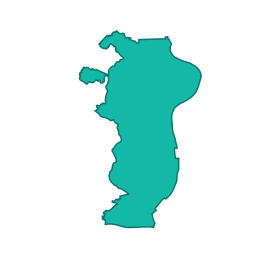 outline of Gia Binh, Bắc Ninh, Vietnam, rotated 107°
{"feature_id": "81297802B26729031323268", "entity_name": "Gia Binh", "entity_type": "district", "adm_level": 2, "iso_a3": "VNM", "parent_name": "Vietnam", "parent_adm1": "Bắc Ninh", "projection": "albers", "projection_center": [106.208, 21.064], "detail": "fine", "context": "isolated", "style": "filled", "palette": "teal", "viewbox_px": 256, "rotation_deg": 107, "n_neighbors": 0, "source": "geoboundaries", "source_scale": "gbopen_adm2", "svg_char_len": 5755}
<svg xmlns="http://www.w3.org/2000/svg" viewBox="0 0 256 256"><g transform="rotate(107 128 128)"><path d="M215.7,74.6L214.5,74.6L211.3,74.4L211.1,74.5L210.1,75.5L209.6,76.0L207.1,77.8L203.0,79.9L200.3,78.1L198.5,76.9L197.3,78.6L196.3,78.3L193.2,77.0L191.6,76.2L190.5,75.9L188.6,75.2L186.2,74.0L184.7,73.0L184.4,72.7L184.5,72.5L184.9,71.5L184.4,70.9L183.5,70.2L182.8,69.8L181.3,69.2L180.6,68.7L179.3,68.1L176.7,67.4L176.0,67.1L172.2,66.5L165.3,66.0L164.6,66.0L162.6,66.3L159.6,67.2L158.1,67.5L156.9,67.6L152.7,67.5L149.8,68.4L146.6,69.3L145.6,69.6L142.2,70.6L143.2,73.7L140.2,75.2L136.0,76.9L133.6,77.6L132.8,75.1L129.9,76.8L127.4,78.4L125.9,79.0L124.8,79.6L121.9,81.7L119.2,83.7L116.6,84.9L113.3,86.2L110.8,87.1L108.3,88.2L105.6,89.3L102.8,89.9L101.6,90.0L97.6,89.8L95.7,89.4L94.3,88.8L93.3,88.2L89.3,85.2L87.9,83.7L85.5,81.1L84.8,80.4L81.3,77.7L80.6,77.0L78.8,75.9L76.1,74.5L74.3,73.8L72.6,73.4L70.0,73.1L67.1,72.9L62.2,73.0L60.1,72.9L58.2,73.1L56.9,73.3L55.0,74.2L54.0,74.8L52.4,76.4L51.0,78.2L49.8,80.5L48.9,83.4L48.1,86.3L47.8,87.9L47.8,89.1L47.9,92.0L47.8,95.9L47.2,101.0L46.6,103.9L46.1,105.2L45.2,106.7L44.3,107.8L43.5,108.7L41.9,109.9L40.6,110.7L39.1,111.1L37.7,111.3L36.0,111.2L34.8,111.0L33.8,112.4L31.6,114.4L31.3,114.9L31.4,115.4L31.3,115.5L30.7,115.7L30.7,116.2L29.2,116.8L29.6,117.5L30.2,118.9L32.0,118.2L33.3,122.9L36.6,132.7L40.3,143.4L41.1,143.1L43.9,143.0L44.2,144.8L44.1,145.0L43.3,145.8L43.0,146.3L43.1,148.0L43.0,152.6L41.3,151.7L41.4,155.0L41.5,155.2L43.0,156.2L42.5,156.9L41.4,157.8L40.2,158.3L39.1,159.1L38.9,159.4L38.9,160.0L39.1,161.0L39.3,161.4L40.0,162.4L40.1,163.3L40.0,164.1L39.2,165.9L38.6,167.0L39.2,167.3L39.0,167.6L39.4,168.1L39.6,168.0L39.8,168.0L40.6,169.2L40.4,169.6L42.2,170.8L42.6,170.3L43.2,170.6L43.6,170.6L44.1,170.4L44.1,170.5L44.3,171.5L45.3,171.6L45.3,172.5L44.9,172.7L44.8,172.9L45.1,173.3L46.4,173.9L45.7,175.1L53.9,179.1L55.6,179.9L56.5,180.1L56.9,178.6L58.1,178.5L59.0,176.3L59.0,175.8L58.8,175.2L59.0,174.5L58.7,173.6L58.6,171.5L56.8,171.3L56.9,170.5L52.5,169.4L53.3,166.4L53.4,165.4L54.2,165.3L54.1,163.4L55.8,163.0L57.6,162.3L58.0,162.1L58.6,161.1L58.2,160.9L58.6,159.7L59.1,158.6L60.6,156.5L61.0,155.9L61.2,155.5L61.2,154.7L61.4,154.1L62.5,152.6L62.9,152.5L63.3,152.8L63.7,153.2L64.6,154.7L64.8,155.2L65.2,155.4L66.4,155.4L66.7,155.5L67.0,155.8L68.4,158.2L69.0,158.5L69.9,158.8L71.7,159.0L72.3,158.9L72.5,159.0L73.3,160.6L74.3,161.6L75.2,162.1L77.8,163.1L78.5,163.3L79.1,163.3L81.4,162.4L83.0,162.0L82.8,163.4L82.4,167.3L81.5,175.5L82.5,175.7L82.2,177.2L81.6,179.5L83.2,180.0L82.8,181.4L82.4,182.7L81.8,183.9L82.8,186.4L83.0,187.6L82.7,187.8L82.8,188.0L85.0,188.7L85.1,188.3L85.5,188.3L85.5,188.7L86.5,189.3L86.8,188.9L87.6,189.2L87.9,188.9L88.1,189.0L88.3,188.7L88.6,188.9L88.6,189.4L89.1,189.4L89.1,189.9L90.2,190.0L90.4,189.5L90.5,189.4L90.7,189.5L90.8,189.9L91.3,189.9L91.5,189.8L91.6,189.4L91.9,189.4L92.0,188.9L92.5,188.9L92.8,188.5L93.3,188.5L93.7,188.7L93.7,188.9L94.9,188.9L95.9,187.9L96.0,187.5L96.6,184.9L97.3,182.0L97.9,181.8L98.0,180.6L97.9,180.0L97.4,179.7L95.3,179.2L95.0,175.5L94.9,174.8L91.3,172.5L91.9,170.8L92.0,170.2L90.5,169.5L90.8,168.6L91.6,168.4L91.9,168.1L92.1,167.8L92.7,167.7L92.8,167.5L92.6,166.5L92.3,166.2L92.3,165.4L91.5,165.3L90.9,165.2L91.0,164.5L89.6,164.4L88.7,164.5L88.6,165.2L84.1,165.3L84.3,162.0L87.4,160.7L88.3,160.6L89.9,160.6L90.8,160.4L92.7,160.6L94.2,161.3L95.0,161.3L95.4,161.2L96.1,160.8L96.7,160.2L97.7,159.0L98.5,158.4L99.3,158.3L100.6,158.4L102.7,158.5L104.6,158.4L107.0,158.0L108.3,157.7L111.1,156.5L111.4,157.5L111.8,159.8L113.3,159.7L113.3,161.0L115.4,161.5L115.4,164.3L116.6,164.4L117.4,163.5L117.5,162.7L117.9,162.2L118.6,162.3L118.8,162.4L118.9,162.9L119.1,163.0L119.6,163.2L119.8,163.0L121.2,164.5L122.2,161.9L122.6,160.9L123.5,159.3L124.7,157.7L124.8,157.2L124.9,155.0L124.9,154.1L124.8,153.6L124.7,151.8L125.0,149.6L125.5,148.5L125.7,147.9L125.8,147.3L125.8,146.8L125.7,145.9L125.5,145.7L124.1,144.4L126.2,142.3L126.9,141.1L127.1,139.8L127.0,138.8L128.5,138.4L130.3,138.5L130.8,138.4L131.1,138.3L132.5,137.3L133.4,136.5L134.3,135.8L136.2,135.2L136.9,134.8L137.3,134.2L138.1,132.8L138.8,132.3L140.1,131.4L140.7,131.1L141.3,130.8L142.1,130.8L142.4,130.8L143.2,131.0L144.2,131.8L145.0,132.7L146.1,133.7L146.9,134.3L147.8,134.6L149.8,135.1L152.9,136.6L153.4,136.7L153.8,136.7L154.7,136.3L157.4,133.5L160.5,130.8L162.1,129.8L162.7,129.6L163.9,129.6L164.7,129.9L165.8,131.5L166.1,131.6L166.4,131.7L168.5,131.7L171.2,131.4L172.5,131.3L173.3,131.4L173.7,131.5L174.0,131.7L174.7,132.4L176.5,132.3L178.4,132.2L179.7,131.9L180.8,131.4L182.2,130.5L182.9,130.0L184.2,128.6L184.7,127.9L186.4,124.7L186.6,124.3L186.7,122.7L187.0,121.6L188.4,119.4L188.4,118.7L188.3,118.0L188.1,117.5L188.2,116.8L189.5,111.9L189.7,111.3L190.1,109.6L190.7,108.5L191.0,108.1L193.6,112.4L195.6,115.8L196.7,115.3L197.8,114.5L198.1,115.4L198.4,115.6L199.1,115.6L199.0,116.7L199.9,116.6L199.8,118.5L201.9,119.5L202.1,119.7L202.2,119.9L202.3,121.5L203.3,121.5L203.4,120.2L203.4,119.2L203.1,118.8L203.1,118.5L203.1,117.4L203.1,116.8L203.5,116.5L203.5,116.0L203.7,115.8L204.7,117.1L205.1,117.4L210.2,120.0L213.0,122.1L213.0,122.4L213.0,122.9L213.4,123.3L213.2,123.8L213.1,124.1L213.4,124.4L213.6,124.5L213.4,125.0L214.2,125.5L215.7,126.4L216.2,126.6L216.5,126.6L216.8,126.2L217.1,126.2L217.4,125.7L217.1,124.8L217.9,125.1L218.4,125.1L219.7,124.9L219.8,126.8L220.6,126.7L221.0,126.4L221.2,125.7L220.7,125.7L220.7,124.9L221.2,124.9L221.2,125.3L222.0,125.3L222.0,125.8L222.5,125.8L222.5,125.2L222.8,124.9L222.1,124.0L222.8,123.6L222.6,123.0L223.5,122.4L224.7,122.0L226.8,121.5L225.6,119.0L224.7,116.0L224.3,113.6L224.0,110.3L223.8,102.7L223.3,99.6L223.1,98.7L220.4,90.5L219.4,88.1L218.3,84.9L216.3,78.9L215.8,76.3L215.7,74.6Z" fill="#14b8a6" stroke="#0f766e" stroke-width="1.5"/></g></svg>